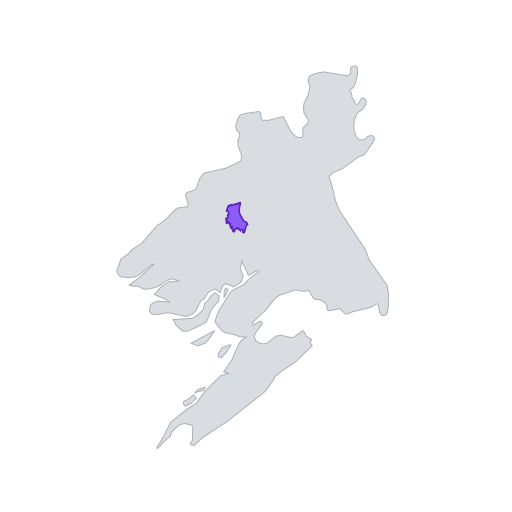 Rajbari, Dhaka, Bangladesh (highlighted), rotated 58°
{"feature_id": "16705992B48875454234518", "entity_name": "Rajbari", "entity_type": "district", "adm_level": 2, "iso_a3": "BGD", "parent_name": "Bangladesh", "parent_adm1": "Dhaka", "projection": "robinson", "projection_center": [89.601, 23.735], "detail": "fine", "context": "in_parent", "style": "filled", "palette": "violet", "viewbox_px": 512, "rotation_deg": 58, "n_neighbors": 0, "source": "geoboundaries", "source_scale": "gbopen_adm2", "svg_char_len": 8118}
<svg xmlns="http://www.w3.org/2000/svg" viewBox="0 0 512 512"><g transform="rotate(58 256 256)"><path d="M184.8,358.0L184.7,346.4L177.6,323.4L177.9,320.9L176.4,309.8L174.6,303.7L173.7,297.2L178.0,287.8L176.3,286.2L166.7,283.4L165.6,280.9L167.7,271.7L160.8,263.0L158.1,256.4L165.5,235.3L167.3,220.7L166.8,217.8L162.3,214.6L154.4,213.2L148.7,210.5L145.5,206.3L142.7,204.7L139.2,205.9L134.9,204.3L131.2,200.2L128.1,195.2L129.3,189.7L135.2,176.7L137.3,176.3L142.3,178.8L144.2,178.8L147.5,173.7L152.1,159.1L168.2,160.4L172.1,159.9L176.1,158.8L178.3,156.9L179.5,154.6L179.1,152.6L174.1,149.8L172.2,147.8L170.9,141.9L169.4,139.7L159.7,139.4L154.7,136.7L152.0,134.3L147.1,126.4L141.0,120.5L135.2,119.1L133.0,117.2L131.8,114.2L132.5,109.8L135.5,101.4L151.5,83.2L151.9,81.2L151.3,78.9L146.6,76.0L146.3,74.5L147.6,70.7L150.3,70.3L155.8,73.7L161.4,79.3L164.7,84.3L164.8,88.2L169.1,89.0L172.8,90.8L176.5,90.2L179.0,91.2L180.6,90.9L181.2,88.6L178.1,82.9L179.6,80.5L183.3,80.6L185.9,82.8L187.9,87.2L188.2,94.0L192.5,100.2L198.1,104.6L202.6,106.6L207.9,108.0L212.5,106.6L214.8,102.3L213.8,98.5L214.5,95.0L216.3,93.1L219.2,93.2L221.3,96.0L227.5,110.7L226.3,117.3L227.7,135.2L226.1,147.1L227.1,151.6L228.1,152.4L237.6,154.6L251.2,159.4L261.6,161.1L308.7,159.8L319.0,162.1L350.5,160.4L359.1,164.1L368.4,170.3L373.7,174.8L374.7,177.5L374.1,179.7L372.3,180.9L369.1,181.0L361.7,178.0L360.5,178.9L360.4,186.0L354.4,203.8L353.6,209.3L351.5,211.4L345.3,212.6L341.2,222.9L339.5,224.2L335.4,222.0L332.9,222.3L329.7,223.3L326.5,225.7L324.3,228.7L321.8,229.7L313.0,229.5L311.3,234.3L305.6,240.6L301.7,257.3L302.0,262.4L306.9,275.7L310.3,293.1L311.7,294.8L313.3,295.0L313.4,287.0L315.0,286.0L317.0,286.9L321.2,297.6L323.6,300.3L327.2,301.1L331.4,299.4L334.5,296.3L335.8,292.9L334.6,281.3L336.6,276.6L343.7,269.5L344.8,267.3L344.2,255.7L347.0,255.3L350.6,256.2L355.2,253.4L356.6,253.4L358.5,256.3L361.8,255.8L366.8,279.0L367.2,295.3L368.4,304.3L370.1,306.4L375.7,320.0L381.0,367.9L381.7,398.2L383.9,408.6L382.1,410.9L380.4,411.4L378.7,407.7L367.1,400.0L364.3,400.8L360.3,405.3L358.7,409.4L359.4,415.3L360.7,421.0L363.5,424.3L363.8,428.0L366.9,441.7L366.0,441.7L359.7,429.3L351.9,417.0L349.3,395.1L349.1,384.3L343.8,371.5L338.8,349.3L340.9,341.5L337.2,344.9L331.4,331.6L322.3,318.5L319.6,312.8L319.5,307.2L315.6,312.8L310.3,316.8L304.9,322.7L301.3,324.6L289.9,325.7L283.3,317.7L273.8,298.1L272.6,293.7L273.8,282.2L271.5,271.3L270.9,261.8L269.2,262.6L268.5,265.2L268.9,269.3L268.2,272.7L252.3,270.5L259.1,276.2L266.4,277.5L270.2,282.6L270.4,291.2L263.3,296.3L263.9,300.6L268.1,305.9L263.0,307.4L261.7,310.8L261.6,315.7L265.1,323.2L264.5,326.2L270.5,336.0L271.7,340.7L270.2,347.4L257.2,360.9L253.5,370.5L250.3,375.0L246.3,375.8L241.4,371.3L241.4,366.6L242.4,362.9L249.1,354.0L245.4,355.2L234.9,362.5L232.9,356.6L231.6,351.0L231.6,344.2L236.6,334.0L230.9,339.1L229.3,345.4L230.0,352.9L229.3,358.2L227.0,365.1L224.0,369.2L219.0,371.9L216.8,376.0L213.5,379.0L212.3,365.1L208.8,346.3L208.0,350.3L209.9,362.0L209.7,369.5L207.0,375.5L201.6,381.9L197.4,382.8L194.9,381.9L187.1,372.2L186.5,363.1L184.8,358.0ZM280.7,358.3L271.0,360.5L266.1,359.8L275.2,343.0L274.9,335.4L273.5,329.3L268.8,324.3L268.5,320.8L266.4,316.0L265.3,310.3L270.5,308.5L274.7,311.8L276.2,318.2L278.3,323.0L285.6,332.9L285.5,338.9L283.6,353.7L280.7,358.3ZM301.4,352.8L295.5,357.3L297.4,330.6L301.8,340.5L302.9,345.8L301.4,352.8ZM323.9,339.5L321.3,341.3L318.9,339.7L315.8,333.5L317.3,325.5L318.2,324.4L322.0,332.5L323.9,339.5ZM345.9,395.6L342.5,395.9L340.9,394.0L341.6,391.4L340.7,382.7L345.0,381.9L346.5,389.1L345.9,395.6ZM342.1,371.5L339.6,380.1L338.6,376.2L340.3,368.7L342.1,371.5ZM273.0,302.1L274.0,304.9L268.6,301.3L267.2,298.8L269.6,297.5L273.0,302.1Z" fill="#d9dde1" stroke="#a8b0b8" stroke-width="1"/><path d="M229.9,253.6L229.7,253.2L229.4,252.8L229.1,252.5L228.7,252.2L228.3,251.5L228.1,251.3L227.7,251.1L227.3,250.7L226.9,250.1L226.8,249.9L226.5,249.6L226.0,249.1L225.6,248.8L225.3,248.5L225.2,248.4L225.1,248.1L224.9,247.4L224.8,246.4L224.7,246.2L223.7,246.2L223.1,246.2L222.6,246.1L222.4,246.2L222.1,246.4L221.9,246.6L221.4,246.7L221.2,246.9L221.2,247.0L220.6,247.4L220.3,247.5L219.7,247.6L219.3,247.7L218.9,247.8L218.3,247.6L218.0,247.6L217.3,247.8L216.9,247.8L216.2,247.6L215.4,247.6L214.4,247.4L214.1,247.5L213.9,247.8L213.7,247.8L213.1,247.7L212.6,247.5L212.1,247.4L211.9,247.4L211.6,247.3L211.0,247.3L210.6,247.2L210.2,247.0L210.0,246.9L209.9,246.7L209.7,246.6L208.1,245.9L207.7,245.6L207.0,245.0L206.5,244.6L206.3,244.4L205.9,244.0L205.0,243.3L204.7,243.1L204.5,242.8L204.3,242.5L203.8,241.8L203.6,241.5L203.3,241.4L202.2,241.2L202.2,241.9L202.3,242.1L202.3,242.3L202.2,242.4L202.0,242.5L201.9,242.4L201.9,242.1L201.7,242.7L201.7,242.8L201.9,242.9L202.0,243.0L202.0,243.3L201.9,243.5L202.0,243.6L202.2,243.8L201.9,243.9L201.8,244.2L201.7,244.2L201.6,244.3L201.5,244.5L201.5,245.0L201.5,245.4L201.5,245.7L201.4,245.7L201.3,245.8L201.1,245.9L201.1,246.0L200.9,246.4L200.7,246.5L200.8,246.8L200.7,247.1L200.6,247.5L200.3,248.1L200.2,248.3L200.3,248.7L200.2,248.7L200.2,248.9L200.3,249.0L200.3,249.4L200.2,249.4L200.2,249.5L200.3,249.6L200.2,249.8L199.8,249.8L199.7,249.9L199.3,249.9L199.4,250.1L199.2,250.4L199.4,250.5L199.5,250.5L199.6,250.4L199.9,250.5L199.8,250.8L199.7,251.1L199.6,251.3L199.6,251.6L199.3,251.8L199.2,251.9L198.9,252.0L198.7,252.2L198.7,252.3L198.6,252.5L199.0,252.6L199.3,252.8L199.3,253.0L199.3,253.4L199.3,253.5L199.5,253.8L199.9,253.9L200.0,254.1L199.8,254.4L199.9,254.6L200.0,254.8L200.3,255.0L200.5,255.3L201.1,255.7L201.3,255.9L201.4,256.0L201.4,256.3L201.4,256.5L201.6,256.7L201.8,256.6L202.0,256.6L202.3,256.8L202.3,257.0L202.7,257.0L202.8,257.0L203.0,256.6L203.3,256.4L204.4,256.0L204.7,255.9L204.8,256.0L205.1,256.5L205.4,256.7L205.7,256.9L206.2,257.2L206.4,257.4L206.4,257.6L206.2,257.9L206.2,258.0L206.2,258.3L206.4,258.6L206.5,258.7L207.0,258.7L207.3,258.7L208.1,259.0L208.4,259.2L208.7,259.5L208.7,259.9L208.7,260.0L208.5,260.3L208.3,260.9L208.2,261.2L208.1,261.4L208.3,261.5L208.7,261.6L208.8,261.6L209.4,262.3L209.6,262.5L209.9,262.3L210.0,262.2L210.2,261.8L210.3,261.9L210.3,262.0L210.5,262.0L210.9,262.0L210.8,262.3L211.1,262.5L211.2,262.8L211.3,262.9L211.4,263.1L211.6,263.2L211.8,263.0L212.0,263.2L212.1,263.4L212.0,263.5L212.2,263.8L212.3,263.8L212.6,263.4L212.7,263.2L212.2,263.1L212.1,262.9L212.1,262.7L212.3,262.3L212.5,262.3L212.4,262.3L212.4,262.1L212.4,261.8L212.5,261.8L212.5,261.7L212.8,261.7L213.0,261.7L213.1,261.8L213.1,261.7L213.3,261.5L213.3,261.4L213.3,261.2L213.2,261.0L213.3,260.9L213.6,260.9L213.8,261.1L214.0,261.3L214.5,261.6L214.9,261.5L215.1,261.4L215.2,261.1L214.9,260.9L214.9,260.7L215.1,260.7L215.3,260.9L215.5,261.2L215.5,261.5L215.8,261.5L216.2,261.8L216.3,261.9L216.6,261.9L216.5,261.7L216.8,261.7L216.8,261.9L216.9,262.0L217.0,261.9L217.3,261.8L217.5,261.9L217.8,261.8L217.9,261.5L217.9,261.4L218.0,261.2L218.1,260.9L218.3,260.6L218.6,260.6L218.8,260.6L219.0,260.7L219.0,260.8L219.1,261.0L219.2,261.3L219.3,261.4L219.2,261.6L219.2,261.9L219.1,262.2L219.3,262.1L219.5,262.2L219.9,262.1L220.0,262.1L220.1,261.9L220.3,261.9L220.5,261.9L220.8,261.9L220.9,262.0L221.2,261.8L221.3,261.8L221.5,261.9L221.5,261.7L221.5,261.4L221.7,261.5L221.8,261.5L221.8,261.8L221.9,262.0L222.1,262.2L222.2,262.3L222.3,262.3L222.6,262.4L222.9,262.3L223.1,262.3L223.1,262.2L223.1,261.9L223.4,261.8L223.6,261.9L223.7,261.7L223.8,261.7L223.8,261.4L223.7,261.1L223.5,260.8L222.9,260.4L222.8,260.2L222.4,260.0L222.4,259.8L222.4,259.4L222.2,259.2L222.5,258.9L222.5,258.7L222.5,258.4L222.4,258.3L222.5,257.7L222.4,257.1L222.4,256.9L222.1,256.7L222.4,256.5L222.5,256.3L222.6,256.2L222.7,256.4L222.8,256.6L222.9,256.9L223.1,257.0L223.2,256.9L223.5,256.9L223.9,256.9L223.8,256.5L223.8,256.3L223.9,256.2L224.1,256.1L224.3,256.0L224.9,256.1L225.2,255.9L225.3,255.8L225.5,255.9L225.8,255.9L225.7,255.7L225.8,255.6L226.0,255.6L225.9,255.5L225.8,255.4L225.9,254.3L225.9,254.2L226.0,254.0L226.7,253.5L227.0,253.4L227.3,253.7L227.4,253.8L227.7,254.0L228.1,254.1L228.3,254.2L228.6,254.2L228.6,254.4L228.9,254.7L229.0,254.6L228.8,254.5L228.9,254.2L228.8,253.9L229.2,253.9L229.9,253.6Z" fill="#8b5cf6" stroke="#5b21b6" stroke-width="1.5"/></g></svg>